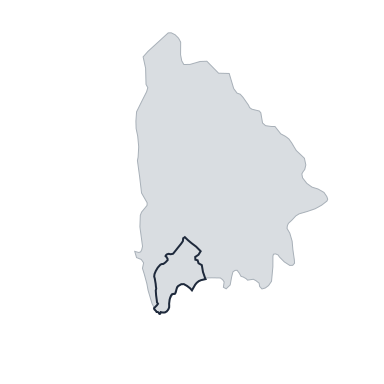 location of Trebinje within Bosnia and Herzegovina, rotated 40°
{"feature_id": "BIH-4808", "entity_name": "Trebinje", "entity_type": "state/province", "adm_level": 1, "iso_a3": "BIH", "parent_name": "Bosnia and Herzegovina", "parent_adm1": "", "projection": "equal_earth", "projection_center": [18.312, 43.002], "detail": "fine", "context": "in_parent", "style": "outline", "palette": "slate", "viewbox_px": 384, "rotation_deg": 40, "n_neighbors": 0, "source": "natural_earth", "source_scale": "10m", "svg_char_len": 3116}
<svg xmlns="http://www.w3.org/2000/svg" viewBox="0 0 384 384"><g transform="rotate(40 192 192)"><path d="M300.6,110.3L301.2,112.2L299.8,118.7L297.1,125.7L292.7,133.0L288.1,139.9L286.9,143.6L286.6,149.4L286.0,154.0L286.7,156.5L288.2,158.8L293.4,160.7L300.3,165.3L306.3,171.3L313.9,178.1L316.3,180.6L316.3,183.4L314.1,185.4L307.6,186.2L300.9,185.6L298.3,184.9L295.8,185.7L294.4,187.3L295.2,189.1L302.1,197.4L310.3,209.3L310.8,214.5L309.8,218.5L307.9,221.3L304.6,220.9L302.0,218.7L298.1,218.8L295.1,219.4L291.2,223.8L289.3,223.6L285.9,224.2L283.8,225.1L280.4,223.8L276.9,223.0L275.4,224.3L274.7,226.9L276.9,231.5L281.0,238.7L280.4,244.2L277.3,244.8L274.4,240.2L271.9,239.5L269.0,239.6L262.3,245.0L257.4,249.4L256.3,252.6L254.6,256.0L254.1,258.5L254.2,266.7L245.4,268.0L243.5,269.3L242.4,271.8L243.2,282.4L243.9,288.1L249.0,296.9L249.1,299.7L248.4,301.5L244.8,305.0L243.1,306.3L242.0,306.7L236.1,304.4L233.3,303.3L221.5,295.5L216.3,291.2L208.1,285.5L203.1,282.3L200.5,277.4L196.5,276.3L191.7,277.9L186.3,274.3L190.2,272.5L191.1,270.8L190.6,268.5L189.0,265.4L174.5,252.2L167.4,243.1L166.3,239.8L166.2,231.2L164.6,229.1L154.0,225.2L142.1,214.0L130.0,203.0L128.3,199.9L122.1,191.6L114.5,184.1L108.4,179.3L103.5,173.8L98.0,166.2L95.2,154.7L92.8,144.4L91.1,140.5L87.6,139.1L76.9,127.0L67.7,119.9L67.9,112.4L69.6,99.7L71.5,85.4L73.8,83.4L78.0,82.4L82.8,82.8L87.0,84.5L95.1,94.3L99.8,98.1L103.8,99.6L108.5,95.5L114.3,86.8L119.3,82.3L136.0,83.9L144.3,77.3L157.5,86.0L163.0,87.3L166.1,86.1L170.3,86.7L179.6,89.2L181.8,90.3L184.6,90.1L191.5,86.7L193.8,87.1L201.7,93.8L205.7,93.9L210.4,91.0L213.5,88.5L222.6,90.4L227.8,89.3L232.1,89.1L236.8,90.3L241.0,91.8L245.2,93.2L256.4,93.9L261.8,98.1L263.9,102.3L264.0,104.8L264.5,107.5L267.6,110.1L274.4,111.6L278.6,111.3L280.9,111.1L286.6,108.7L293.4,107.5L298.3,108.9L300.6,110.3Z" fill="#d9dde1" stroke="#a8b0b8" stroke-width="1"/><path d="M242.0,306.7L241.0,306.3L238.6,306.1L237.7,305.5L237.6,305.4L237.9,301.4L237.8,299.5L236.1,299.0L234.2,297.2L231.0,294.3L227.5,290.7L227.3,290.2L226.7,289.0L224.8,287.3L223.3,285.8L219.2,282.3L217.3,281.0L217.2,280.8L216.0,278.9L215.0,275.7L214.4,272.1L214.4,271.9L214.4,271.1L214.5,268.0L215.1,266.7L215.8,266.0L216.3,265.5L216.9,263.0L217.0,261.6L217.1,259.8L216.1,258.8L214.7,258.4L214.4,258.2L214.2,258.2L212.9,258.1L212.7,257.1L212.9,255.8L213.9,254.3L215.4,253.6L216.5,252.4L217.2,251.4L217.0,243.7L216.9,238.3L216.6,235.5L215.0,233.1L215.2,232.5L215.5,231.2L219.9,231.5L224.6,231.5L230.3,231.2L236.7,231.8L237.3,235.9L236.2,239.7L238.1,241.7L240.2,240.7L242.8,242.4L246.5,241.7L251.8,246.2L254.7,247.9L256.8,249.2L258.4,250.0L255.6,253.7L254.5,255.9L254.0,258.5L254.0,260.9L255.2,267.4L252.5,267.0L248.7,267.1L245.0,267.8L243.0,269.6L241.8,273.0L241.8,274.5L242.5,276.2L244.0,279.2L244.4,280.8L243.9,281.6L243.1,282.2L242.4,283.2L242.5,284.7L243.1,286.7L244.0,288.8L246.3,292.3L247.6,293.7L248.7,295.1L249.4,297.4L249.4,299.9L248.9,301.0L248.7,301.7L247.3,303.0L246.6,303.4L245.3,304.1L245.7,304.9L245.9,305.7L245.6,306.2L245.0,306.3L244.2,305.9L243.5,305.8L242.7,306.1L242.0,306.7Z" fill="none" stroke="#1e293b" stroke-width="2"/></g></svg>